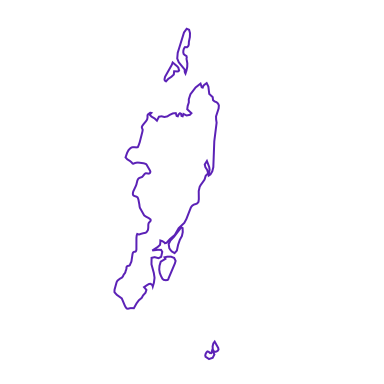 SVG path tracing the border of Phangnga, rotated 198°
{"feature_id": "THA-378", "entity_name": "Phangnga", "entity_type": "Province", "adm_level": 1, "iso_a3": "THA", "parent_name": "Thailand", "parent_adm1": "", "projection": "natural_earth1", "projection_center": [98.43, 8.688], "detail": "fine", "context": "isolated", "style": "outline", "palette": "violet", "viewbox_px": 384, "rotation_deg": 198, "n_neighbors": 0, "source": "natural_earth", "source_scale": "10m", "svg_char_len": 4673}
<svg xmlns="http://www.w3.org/2000/svg" viewBox="0 0 384 384"><g transform="rotate(198 192 192)"><path d="M255.1,254.6L256.2,252.5L253.9,251.2L250.3,250.4L247.4,249.0L246.7,253.4L244.3,254.6L241.4,254.8L238.8,256.3L237.0,258.5L234.4,260.9L231.8,262.0L230.1,259.6L228.9,259.6L228.6,261.9L227.8,263.2L226.6,263.0L225.5,261.1L224.3,261.1L224.3,263.6L220.8,263.1L217.9,264.7L216.9,266.8L222.1,269.2L222.7,272.5L222.7,276.2L223.7,279.2L223.7,284.5L220.9,292.5L217.4,297.7L215.1,294.6L214.1,294.6L214.0,296.4L213.5,297.6L211.7,300.1L209.0,297.3L205.9,290.6L201.6,288.6L201.0,287.2L200.3,285.8L198.4,285.1L196.5,285.0L195.2,284.5L194.1,283.7L193.2,282.6L192.5,279.7L192.5,271.3L191.5,268.5L190.0,265.5L186.5,247.2L179.4,222.2L179.1,217.9L179.9,214.4L181.1,212.9L181.7,214.7L182.1,218.5L183.3,221.0L187.4,226.1L188.4,222.1L186.9,219.7L184.5,217.8L182.8,215.4L182.7,214.1L183.2,213.1L183.7,212.3L184.0,211.5L183.9,208.3L184.0,207.3L185.9,201.3L186.3,199.3L185.9,195.0L183.3,187.3L182.8,184.6L183.5,182.8L184.7,181.7L186.1,180.8L187.4,179.3L188.0,178.0L188.3,176.7L189.0,164.6L189.8,160.2L193.5,153.5L195.1,145.8L198.4,140.5L200.5,135.8L201.9,134.9L202.5,135.4L205.0,136.1L207.1,136.1L206.5,134.2L206.1,131.8L207.7,129.0L211.7,124.1L206.6,126.5L203.5,127.4L201.8,125.9L201.3,120.8L203.4,118.7L207.4,118.5L210.1,116.9L208.2,110.7L203.3,103.2L201.1,98.8L200.2,94.0L200.1,90.0L200.8,91.1L203.0,91.9L204.4,91.3L205.7,89.9L208.2,86.7L205.1,84.8L205.1,81.8L206.6,78.5L207.1,75.8L209.1,72.6L210.3,69.0L211.4,63.5L213.6,62.9L214.9,62.4L216.3,61.5L217.2,61.1L217.6,61.0L218.2,61.1L219.3,61.8L220.7,63.1L225.9,69.1L231.8,71.0L234.7,72.7L235.1,73.7L235.5,75.3L235.8,82.4L235.8,83.2L235.5,84.6L235.2,85.1L233.8,87.2L232.6,88.5L232.2,88.9L232.0,89.5L231.7,90.1L231.6,90.8L231.4,92.3L231.2,93.0L230.9,93.6L230.7,94.3L230.6,95.2L230.7,96.5L230.6,97.4L230.7,99.2L231.1,100.2L230.8,101.3L230.3,101.8L229.2,102.4L228.7,102.8L228.5,103.4L228.4,105.0L228.2,106.4L228.2,107.5L229.4,114.7L229.4,116.0L229.1,116.7L228.7,117.1L228.2,117.4L227.6,117.6L227.2,118.0L227.0,118.6L227.0,119.3L227.1,120.1L230.7,131.3L231.2,133.8L231.1,135.2L230.5,135.2L229.9,135.1L229.4,135.2L228.9,135.4L228.4,135.8L227.5,136.5L225.5,137.8L224.0,138.6L223.5,139.0L223.1,139.4L222.8,139.9L222.4,141.3L222.2,142.0L222.3,143.2L222.6,144.7L223.4,147.2L223.6,148.5L223.5,149.5L222.7,151.1L222.5,151.8L222.6,152.5L223.0,153.1L225.0,153.8L228.4,154.4L229.7,154.8L230.3,155.0L236.6,160.8L237.2,161.7L238.3,164.0L240.6,168.2L241.4,169.3L242.2,170.1L243.4,170.4L245.5,170.4L246.2,170.5L246.8,170.7L247.3,171.2L247.7,172.0L248.0,173.6L248.0,174.7L247.3,180.3L247.2,181.9L247.5,186.0L247.4,186.8L247.3,187.5L247.1,188.1L246.8,188.6L246.4,189.1L244.6,190.5L244.1,190.9L243.8,191.5L242.6,194.6L242.2,195.1L241.8,195.5L241.3,195.7L239.3,196.0L238.7,196.2L238.3,196.5L237.9,197.1L237.8,197.7L237.9,198.5L238.4,199.2L243.7,204.0L244.2,204.3L245.2,204.4L246.7,204.4L251.1,203.6L252.8,203.2L253.9,202.7L254.9,202.1L255.9,201.4L256.2,201.0L256.7,200.7L257.3,200.7L258.8,201.6L260.5,202.3L263.7,203.1L265.9,204.4L265.8,209.3L265.3,212.2L264.4,214.1L263.8,215.0L263.2,215.7L262.2,216.3L261.0,216.7L258.5,217.3L257.9,217.6L257.4,217.9L257.2,219.8L257.1,223.0L257.8,233.9L258.1,235.9L258.5,236.4L259.2,237.3L259.6,237.8L259.8,238.4L259.7,239.6L259.1,241.4L257.6,245.2L257.1,247.1L257.3,249.1L257.9,250.7L258.0,251.5L257.9,252.1L256.2,254.5L255.2,254.6L255.1,254.6ZM236.8,306.2L244.7,311.3L247.3,314.4L248.6,320.0L248.9,341.3L247.5,345.6L244.9,345.4L243.0,342.5L241.9,338.7L241.4,334.0L240.6,331.1L240.7,329.5L241.5,328.1L242.6,327.9L243.6,327.5L244.0,325.5L243.9,323.8L243.4,322.0L242.5,320.6L241.1,320.0L239.3,319.6L238.6,318.5L238.4,317.0L236.2,312.9L235.2,309.5L234.8,305.8L234.8,302.6L235.6,303.4L236.1,304.2L236.8,306.2ZM195.6,102.6L197.6,105.0L199.2,108.1L200.1,111.8L200.2,116.1L196.6,120.2L197.9,121.4L195.4,122.9L192.0,124.0L188.6,123.8L186.3,121.4L186.2,118.7L187.6,102.9L187.6,101.6L188.0,100.8L189.7,100.0L191.8,99.7L193.3,100.3L195.6,102.6ZM194.4,130.1L196.2,131.5L198.1,135.3L197.5,139.2L195.3,143.8L191.3,155.1L189.8,154.8L188.4,151.0L188.0,147.0L188.8,142.8L188.9,137.6L188.3,131.6L189.7,128.5L192.8,129.2L194.4,130.1ZM253.2,293.3L250.5,306.7L250.4,309.2L244.8,306.9L243.4,306.0L241.8,303.5L242.6,302.3L246.3,301.3L245.6,298.1L247.2,295.2L249.5,292.3L250.9,289.2L252.3,289.6L252.9,290.5L253.1,291.7L253.2,293.3ZM123.9,47.7L120.5,44.4L121.1,40.7L124.2,38.4L128.2,39.5L128.9,40.7L129.0,42.3L128.7,43.9L128.1,45.1L126.8,45.2L125.1,44.4L123.9,44.7L123.9,47.7ZM124.2,56.7L118.9,51.8L118.1,50.3L118.5,48.9L119.5,47.8L120.7,47.1L121.8,47.1L123.6,48.7L124.7,51.6L124.9,54.6L124.2,56.7Z" fill="none" stroke="#5b21b6" stroke-width="2"/></g></svg>